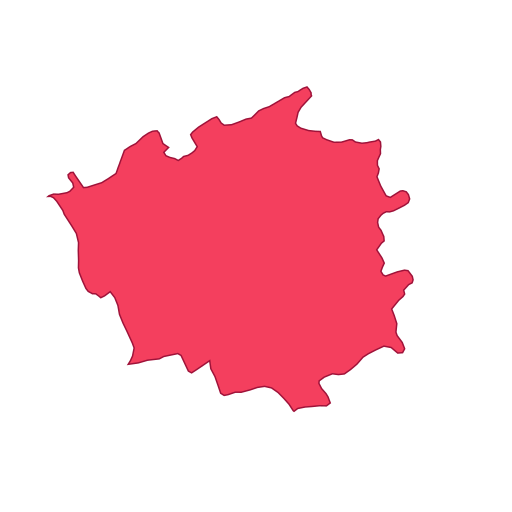 Ariha, Idlib, Syria, rotated 60°
{"feature_id": "27442178B18977709066888", "entity_name": "Ariha", "entity_type": "district", "adm_level": 2, "iso_a3": "SYR", "parent_name": "Syria", "parent_adm1": "Idlib", "projection": "albers", "projection_center": [36.527, 35.771], "detail": "fine", "context": "isolated", "style": "filled", "palette": "rose", "viewbox_px": 512, "rotation_deg": 60, "n_neighbors": 0, "source": "geoboundaries", "source_scale": "gbopen_adm2", "svg_char_len": 3333}
<svg xmlns="http://www.w3.org/2000/svg" viewBox="0 0 512 512"><g transform="rotate(60 256 256)"><path d="M100.5,406.2L101.6,404.1L104.3,402.2L108.9,401.2L120.0,400.5L124.0,401.2L137.9,400.5L146.7,400.3L155.7,403.0L162.3,407.1L171.4,412.0L177.5,415.7L182.3,417.4L191.1,418.7L199.1,419.5L202.8,419.0L206.0,417.0L206.8,416.6L208.6,413.7L211.7,412.3L214.5,411.3L214.8,407.1L214.0,400.1L221.4,399.1L229.8,400.3L238.3,403.4L247.6,404.7L256.9,405.4L269.5,406.6L274.7,407.5L280.9,412.9L283.9,417.1L285.9,420.8L289.7,411.4L292.0,402.0L296.7,391.2L296.9,386.1L301.4,372.5L303.8,371.1L304.6,370.6L321.8,372.1L322.9,371.5L325.0,370.2L324.7,364.6L323.5,348.4L324.7,348.9L331.1,351.5L339.9,351.8L348.8,353.5L357.2,355.2L360.8,353.3L362.1,349.5L363.6,342.0L366.6,336.9L369.0,328.0L370.5,320.5L373.2,313.7L378.0,308.5L385.3,305.1L393.1,303.1L400.9,301.5L408.5,301.1L409.5,300.7L408.9,296.1L411.3,289.0L414.2,283.0L417.4,275.9L421.0,269.9L420.4,265.2L414.1,264.1L410.2,264.2L403.6,265.5L397.7,265.2L395.7,263.7L395.0,257.4L396.2,248.7L399.9,243.9L402.3,238.4L401.6,230.9L400.1,222.7L397.1,213.9L396.8,207.6L397.2,199.3L398.0,190.3L402.8,184.7L410.9,181.8L413.0,177.4L410.7,173.7L410.4,173.6L404.0,172.6L395.5,173.6L391.9,172.9L385.0,167.9L376.7,166.1L369.7,165.0L365.7,154.5L364.6,149.0L363.3,146.3L359.4,145.2L357.1,138.1L357.3,134.2L355.2,131.9L351.7,130.8L344.7,131.7L342.5,134.5L340.4,141.6L338.2,153.8L336.0,155.4L331.7,155.5L328.8,152.0L326.3,148.5L320.8,147.9L311.0,148.4L307.6,141.0L307.0,137.5L303.0,135.6L299.9,135.3L296.3,134.9L292.4,135.4L287.7,133.9L284.8,131.6L283.1,127.3L282.6,124.6L282.8,121.0L284.6,118.2L285.6,114.3L286.1,106.0L286.3,102.1L285.9,97.5L283.4,94.4L279.0,93.3L275.5,93.8L272.9,96.2L271.9,98.6L272.1,103.3L272.4,110.4L269.0,113.2L266.6,113.2L257.6,113.0L250.2,112.0L247.8,111.6L245.3,108.5L242.1,105.8L238.2,105.5L234.1,103.2L232.1,100.5L229.6,97.0L226.0,95.1L223.5,93.1L219.5,91.2L216.4,91.7L216.2,95.2L214.1,100.8L213.4,103.2L211.3,107.9L209.3,110.2L207.0,112.9L203.6,114.5L202.1,116.9L200.1,125.2L196.5,131.6L190.5,136.8L187.0,139.2L184.7,139.2L180.3,138.1L177.8,142.1L173.7,147.7L167.7,153.3L163.9,155.3L160.8,155.4L156.3,151.1L152.6,147.7L149.7,142.6L147.4,135.2L145.1,127.8L143.8,127.6L142.2,126.7L138.2,126.7L137.4,126.9L136.2,127.1L135.1,127.3L134.3,131.4L134.4,134.4L134.6,137.5L133.7,140.6L134.3,146.3L134.4,146.6L134.4,146.8L134.5,147.7L133.8,149.9L133.2,152.2L133.2,152.3L133.3,170.0L132.1,175.7L131.7,181.1L133.4,187.3L134.3,191.0L132.5,196.1L131.4,204.3L130.1,211.5L126.9,218.1L123.4,219.7L119.3,219.8L115.8,220.4L115.0,225.5L115.7,241.3L117.0,248.9L118.2,251.9L121.7,252.4L128.3,252.3L131.9,252.2L134.1,256.3L134.7,259.8L134.9,264.4L133.6,269.0L134.2,271.5L134.4,275.6L131.0,277.7L127.6,281.3L124.1,283.9L120.1,284.0L118.3,277.4L115.5,278.8L112.1,280.4L103.2,278.8L100.9,278.4L99.6,278.8L98.2,279.0L97.1,281.2L96.2,283.4L95.8,287.7L96.2,294.1L98.6,303.7L98.3,309.8L98.4,312.2L98.6,314.6L98.7,317.1L100.3,319.0L101.4,320.3L105.0,324.6L106.4,326.3L107.9,328.0L110.6,331.3L112.6,333.6L114.6,336.0L114.9,341.3L115.2,345.6L115.3,350.4L115.4,352.9L113.9,359.6L112.1,367.9L110.5,371.2L96.6,372.3L94.8,372.4L92.1,372.5L91.0,374.9L91.7,378.2L94.6,379.2L101.2,378.2L105.3,379.5L106.9,384.9L106.7,388.0L103.8,396.2L101.2,400.3L100.3,405.1L100.5,406.2Z" fill="#f43f5e" stroke="#9f1239" stroke-width="1.5"/></g></svg>